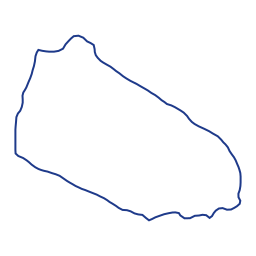 outline of Nyali, Coast, Kenya, rotated 270°
{"feature_id": "3690345B58494489025359", "entity_name": "Nyali", "entity_type": "district", "adm_level": 2, "iso_a3": "KEN", "parent_name": "Kenya", "parent_adm1": "Coast", "projection": "albers", "projection_center": [39.702, -4.031], "detail": "fine", "context": "isolated", "style": "outline", "palette": "blue", "viewbox_px": 256, "rotation_deg": 270, "n_neighbors": 0, "source": "geoboundaries", "source_scale": "gbopen_adm2", "svg_char_len": 2054}
<svg xmlns="http://www.w3.org/2000/svg" viewBox="0 0 256 256"><g transform="rotate(270 128 128)"><path d="M40.6,180.3L37.7,184.5L37.8,190.0L40.2,194.8L40.5,199.1L41.2,202.5L40.8,206.2L38.1,209.6L39.9,212.0L43.0,213.8L45.4,215.8L47.5,218.9L47.9,222.6L46.3,227.0L46.5,231.1L48.1,234.2L49.8,237.0L52.2,239.7L55.3,240.3L58.8,238.5L62.3,238.4L65.9,239.7L69.9,240.4L73.6,240.6L76.4,240.6L79.5,240.6L83.0,240.3L86.3,239.4L89.0,238.5L92.2,237.1L95.6,235.7L98.7,234.0L101.8,231.7L104.9,229.6L108.6,227.9L111.7,225.4L113.7,223.3L116.2,221.3L119.7,217.8L122.5,212.8L124.8,209.1L127.2,204.2L129.7,198.7L132.0,194.6L134.1,191.8L137.2,189.0L140.0,187.1L143.4,183.7L145.6,180.4L147.2,177.7L148.9,174.8L150.6,171.3L152.0,166.9L154.0,164.4L155.8,161.6L158.3,158.7L160.9,155.2L163.1,151.3L165.5,147.9L167.2,145.0L168.9,142.0L170.4,139.4L171.9,136.9L173.5,133.7L175.1,130.5L177.6,126.3L179.8,123.0L182.7,119.4L185.0,116.0L186.8,113.8L189.3,110.5L191.3,106.9L193.5,103.1L195.2,100.6L198.2,97.7L200.8,95.8L204.0,94.8L206.9,94.6L211.0,93.7L213.0,90.5L214.6,87.1L218.3,83.3L220.3,78.5L219.8,73.7L217.5,71.0L215.0,68.6L211.7,65.6L207.3,63.0L205.1,58.6L204.3,53.8L204.3,49.5L204.6,46.2L205.2,42.2L206.1,38.4L203.6,36.8L199.8,35.5L194.5,34.9L189.8,33.9L186.0,32.7L182.0,31.7L177.8,30.2L174.4,28.7L171.7,27.6L168.5,26.3L166.0,24.9L163.5,23.3L160.3,22.5L156.5,22.7L153.3,22.7L149.1,21.8L145.2,20.2L142.5,17.9L138.9,16.4L133.8,16.0L129.4,15.6L126.3,15.4L122.3,15.4L117.6,15.4L113.9,15.4L110.2,15.4L106.0,15.4L102.5,15.6L100.0,18.3L98.0,23.1L95.7,26.6L93.8,29.0L91.5,31.5L88.8,35.2L87.0,38.5L86.0,41.2L85.2,43.9L84.4,47.6L82.8,52.2L81.8,55.6L80.2,59.6L77.3,63.8L75.0,67.1L73.2,70.1L71.8,72.6L70.0,75.6L68.5,78.9L67.1,81.8L66.0,85.1L64.5,88.8L62.8,93.1L61.4,96.7L59.7,99.9L57.8,104.0L55.8,107.2L54.0,109.6L52.5,112.2L50.1,116.0L48.1,118.7L46.1,122.5L45.8,127.0L44.7,130.6L42.6,134.5L41.6,138.2L41.1,142.4L38.1,145.9L35.7,149.0L36.9,151.9L38.7,155.4L40.2,159.6L41.8,164.2L42.8,168.7L43.5,172.5L43.6,175.4L42.9,178.9L40.6,180.3Z" fill="none" stroke="#1e3a8a" stroke-width="2"/></g></svg>